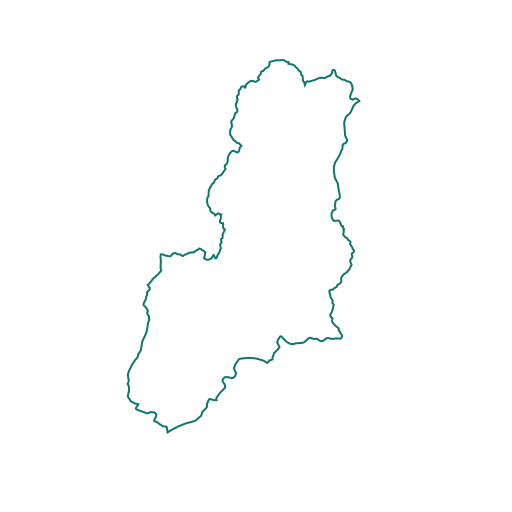 the district of Muong Lat, Thanh Hóa, Vietnam, rotated 129°
{"feature_id": "81297802B72565329345275", "entity_name": "Muong Lat", "entity_type": "district", "adm_level": 2, "iso_a3": "VNM", "parent_name": "Vietnam", "parent_adm1": "Thanh Hóa", "projection": "mercator", "projection_center": [104.609, 20.511], "detail": "fine", "context": "isolated", "style": "outline", "palette": "teal", "viewbox_px": 512, "rotation_deg": 129, "n_neighbors": 0, "source": "geoboundaries", "source_scale": "gbopen_adm2", "svg_char_len": 6093}
<svg xmlns="http://www.w3.org/2000/svg" viewBox="0 0 512 512"><g transform="rotate(129 256 256)"><path d="M392.9,196.0L392.4,196.9L390.7,197.5L388.6,197.7L384.6,197.8L378.5,197.2L377.0,197.5L375.2,200.1L374.6,202.6L374.0,203.5L372.9,204.2L370.0,204.0L369.3,203.4L367.6,201.3L366.8,199.2L365.4,197.2L362.6,196.6L359.4,197.8L358.7,200.1L356.9,202.6L353.1,203.9L346.8,204.3L344.8,202.8L339.3,197.0L336.5,193.0L334.6,189.3L333.1,185.4L332.6,184.1L332.2,180.6L331.7,179.7L328.7,179.8L326.0,178.1L324.1,179.5L322.0,180.0L320.2,180.9L315.7,180.3L312.3,180.3L311.8,180.6L310.0,185.0L307.8,186.1L303.3,186.6L302.8,186.2L302.6,185.3L303.4,180.1L303.4,177.5L302.6,173.8L301.2,171.7L298.8,170.1L294.9,165.9L292.9,164.3L286.3,163.2L285.6,162.6L283.6,158.0L282.1,156.8L281.5,152.3L280.2,150.6L278.4,150.3L277.1,149.7L275.5,149.5L274.4,148.3L273.4,146.1L271.5,143.4L270.3,142.6L266.9,138.2L264.6,138.3L263.6,139.0L262.8,141.8L262.0,143.2L262.0,144.7L260.2,146.1L260.2,150.5L259.6,154.4L258.6,156.1L256.3,157.3L256.3,159.3L255.9,160.5L254.4,161.5L252.1,161.7L250.9,162.1L244.9,164.9L244.3,167.1L243.7,167.7L242.6,168.1L241.6,170.4L241.4,171.6L240.9,172.5L239.6,173.6L238.4,175.6L236.9,177.1L236.3,177.1L235.1,176.5L233.7,175.0L231.8,175.0L229.5,173.9L227.2,174.5L226.1,174.2L225.0,173.5L223.9,173.3L222.4,173.5L219.6,175.9L218.4,176.2L215.4,176.3L214.3,176.1L213.5,175.6L212.1,175.6L210.7,174.9L209.3,175.3L207.6,175.1L202.5,176.3L201.5,178.6L200.5,179.7L199.6,180.2L197.4,180.2L196.1,180.5L194.0,183.1L191.6,182.6L190.1,183.1L189.5,185.6L188.8,186.5L187.5,190.5L185.8,191.2L185.5,191.7L185.4,195.0L184.8,196.6L185.3,198.6L184.7,201.3L184.4,201.8L181.6,203.2L180.6,204.5L179.6,204.5L179.2,206.3L178.2,207.2L178.8,208.0L178.8,208.6L177.5,210.6L176.4,213.2L176.4,213.8L177.4,215.2L179.8,217.8L179.8,218.2L178.4,221.3L177.3,222.6L175.5,224.0L172.5,224.8L171.9,224.7L170.1,223.7L169.5,223.8L168.9,224.1L167.5,226.4L165.6,227.2L164.0,228.5L161.5,228.6L159.5,227.4L158.1,227.5L156.5,228.7L151.9,234.1L148.0,238.4L145.8,243.5L144.4,245.3L141.8,248.1L138.0,251.4L133.9,253.3L125.3,254.4L119.9,256.1L118.6,256.2L114.9,258.6L113.9,258.5L111.3,257.3L109.2,257.7L108.0,258.7L107.4,260.6L106.3,262.5L97.6,270.8L96.6,271.6L91.4,273.6L90.5,273.7L87.4,273.0L85.4,272.9L83.8,273.1L78.2,274.7L74.7,274.6L70.6,273.2L70.2,275.5L70.5,277.1L71.0,277.8L72.0,278.5L73.7,279.3L74.3,281.3L74.1,282.1L72.5,283.4L69.8,284.5L67.0,285.2L65.2,286.0L62.5,289.4L61.5,292.1L61.7,292.8L63.0,295.3L63.3,297.9L64.7,300.2L64.9,303.3L65.4,304.6L65.5,305.8L65.5,306.8L65.2,307.4L63.2,310.0L62.1,312.0L62.6,313.0L63.5,313.5L65.9,312.0L69.5,312.0L71.7,313.5L73.9,314.2L74.8,314.9L75.7,316.7L78.3,319.1L82.2,321.1L85.6,323.5L86.8,324.1L88.1,326.2L88.9,326.5L92.3,325.6L90.6,327.8L90.6,328.8L90.3,329.6L87.5,332.5L86.6,333.6L86.6,335.2L84.9,336.9L84.8,340.2L84.3,341.3L84.2,344.1L83.7,345.7L84.5,348.9L85.3,349.7L86.2,351.9L84.8,352.5L85.6,353.9L86.2,355.7L86.2,357.5L87.3,359.1L89.7,361.5L91.2,363.5L96.5,367.4L97.5,367.2L98.6,366.0L101.4,365.4L104.4,366.7L108.0,366.9L108.6,367.7L109.7,367.9L111.8,366.8L113.5,367.0L116.5,366.5L116.9,364.6L118.4,364.9L120.6,365.7L121.2,366.2L122.0,368.9L123.6,370.4L125.9,371.2L127.4,371.2L129.4,371.7L130.7,370.6L131.9,370.4L132.1,371.0L131.8,371.9L132.0,372.5L133.2,373.7L133.6,373.8L134.8,373.7L136.1,373.2L138.1,373.6L141.1,371.3L141.8,371.1L143.1,371.4L143.9,371.3L145.1,370.3L145.9,368.7L147.9,368.2L148.9,367.5L150.0,367.5L150.7,367.1L153.2,364.6L153.7,362.8L155.2,361.6L156.3,361.4L158.1,362.0L162.9,360.0L166.8,360.0L167.9,359.2L168.6,357.9L170.4,356.3L171.3,355.8L173.8,355.5L176.5,353.8L178.0,352.3L180.0,346.1L179.8,343.8L180.1,342.2L179.0,339.9L179.4,338.5L179.5,336.8L182.3,336.7L185.1,335.2L186.8,335.2L187.5,336.2L188.3,339.5L188.6,339.9L189.6,340.7L192.3,341.0L193.4,340.6L195.2,340.6L198.5,339.1L199.2,338.2L201.3,337.1L203.2,336.7L205.2,337.2L207.0,335.9L207.4,334.6L207.9,334.3L210.8,334.3L214.8,333.9L217.9,335.6L219.2,335.0L220.2,335.0L222.0,335.8L225.7,334.9L227.2,335.4L228.1,335.4L230.8,334.7L231.5,334.9L232.2,334.4L234.4,334.2L239.5,330.5L240.8,330.6L242.5,329.7L244.2,328.6L245.5,327.2L247.3,324.5L247.9,321.3L249.0,320.7L249.9,319.2L249.9,317.4L250.1,316.7L249.6,315.8L249.5,314.9L250.2,313.3L246.6,312.2L246.4,311.7L246.3,310.1L245.6,309.1L246.9,308.8L248.4,307.2L251.3,306.2L252.5,304.9L252.2,303.6L251.3,302.2L252.7,300.9L254.2,300.0L255.1,298.3L254.9,297.0L255.6,296.6L260.7,295.4L261.6,294.2L262.7,293.7L263.1,293.3L264.3,293.8L265.3,293.6L267.0,291.3L269.5,291.2L270.0,290.8L272.4,288.0L274.4,287.5L276.1,286.8L280.4,286.2L281.9,285.5L283.0,285.7L283.4,286.4L281.9,289.3L282.0,289.7L284.7,289.4L285.9,289.0L288.7,290.5L289.7,291.6L290.5,294.1L290.4,295.0L288.2,295.9L285.3,297.6L285.0,298.2L284.9,299.1L285.3,301.5L285.3,303.5L285.9,304.8L287.3,305.0L288.7,305.7L292.3,306.7L295.8,310.3L297.6,310.7L300.0,312.3L302.2,312.8L302.5,315.9L304.1,318.2L304.3,320.6L306.6,322.1L309.8,322.3L310.6,322.8L312.8,327.0L313.4,329.4L314.7,331.0L316.6,329.9L319.4,327.1L324.7,323.1L325.9,322.0L326.8,320.5L332.9,320.6L334.5,321.2L335.5,321.0L337.9,321.7L343.3,321.5L346.7,321.9L347.4,319.4L347.9,318.3L348.4,317.9L349.8,317.5L352.4,318.0L354.8,316.1L356.6,315.7L359.2,314.3L361.5,314.0L363.8,313.3L365.0,312.5L365.1,310.2L365.5,308.0L366.2,306.7L366.4,305.8L366.8,305.4L368.4,305.0L369.8,303.2L370.2,301.2L371.9,300.1L372.3,299.1L372.9,298.7L375.7,297.9L383.0,293.7L386.3,292.5L393.8,290.7L401.8,286.1L406.6,285.7L408.0,284.8L409.7,284.2L412.1,284.5L417.7,284.0L425.2,282.4L429.0,280.9L433.1,276.3L434.3,275.7L436.2,275.4L436.6,273.8L439.0,271.1L440.6,269.9L445.9,267.3L447.6,261.9L446.9,257.5L445.2,254.2L445.5,254.0L449.2,253.8L450.2,253.3L450.5,252.3L446.9,241.8L445.5,240.4L443.7,239.8L441.5,236.5L441.5,236.0L442.0,233.6L444.0,232.6L447.6,231.8L448.2,231.4L448.0,229.9L447.3,228.4L447.3,224.9L446.8,220.8L445.3,218.9L445.1,217.7L448.7,213.7L444.3,212.2L437.0,209.0L430.3,205.2L423.1,200.0L421.6,199.3L414.4,198.1L411.9,199.3L410.7,199.6L406.2,199.0L403.9,199.2L402.1,200.9L397.4,202.2L396.6,202.2L396.1,201.8L394.3,197.6L392.9,196.0Z" fill="none" stroke="#0f766e" stroke-width="2"/></g></svg>